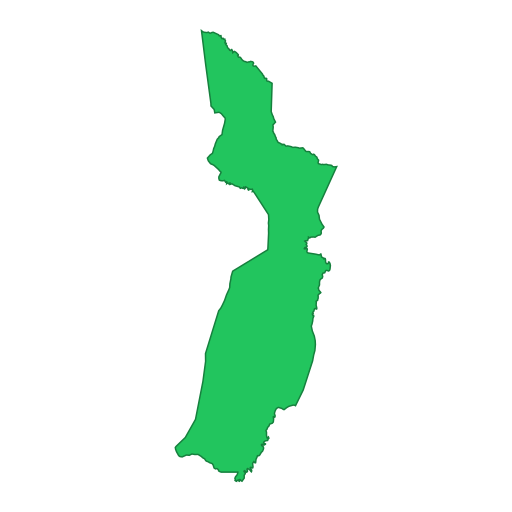 outline of El Negrito, Yoro, Honduras
{"feature_id": "27666195B11241379941292", "entity_name": "El Negrito", "entity_type": "district", "adm_level": 2, "iso_a3": "HND", "parent_name": "Honduras", "parent_adm1": "Yoro", "projection": "robinson", "projection_center": [-87.687, 15.452], "detail": "fine", "context": "isolated", "style": "filled", "palette": "green", "viewbox_px": 512, "rotation_deg": 0, "n_neighbors": 0, "source": "geoboundaries", "source_scale": "gbopen_adm2", "svg_char_len": 6055}
<svg xmlns="http://www.w3.org/2000/svg" viewBox="0 0 512 512"><path d="M201.5,30.7L205.7,64.7L210.9,103.3L211.0,106.0L214.2,109.5L214.8,112.9L218.7,112.3L219.8,112.6L221.5,113.8L224.0,116.9L224.8,117.5L225.3,118.9L224.6,123.2L222.6,130.2L222.0,134.6L219.3,136.5L218.9,137.1L218.7,137.8L218.3,138.1L217.2,139.3L215.3,143.9L214.7,146.3L213.7,148.5L213.1,151.3L212.4,153.4L210.3,154.8L207.4,158.1L208.3,160.8L210.3,163.4L210.9,163.9L212.5,164.5L214.1,165.4L218.8,169.7L219.4,170.6L221.0,172.1L221.0,172.6L218.9,176.7L218.8,178.1L219.2,179.8L219.4,180.2L221.0,180.7L222.8,180.8L224.5,180.4L225.6,182.2L226.5,181.7L226.8,181.8L226.7,183.5L227.3,182.9L228.5,183.8L229.0,183.9L229.2,183.7L229.1,183.4L229.2,183.1L230.0,182.9L230.2,183.1L229.6,184.1L229.8,184.5L232.0,183.8L235.0,185.7L239.5,187.0L240.3,188.3L241.7,187.8L242.6,188.3L244.1,188.5L243.6,187.6L243.8,187.1L244.5,187.5L244.8,188.7L245.5,187.9L245.3,187.1L245.6,186.8L247.8,188.0L248.0,189.5L248.5,190.1L248.8,190.0L248.6,189.0L248.8,188.8L250.8,189.4L252.3,189.2L252.3,189.8L252.9,190.3L252.3,191.6L253.3,191.5L254.0,192.2L268.5,214.6L268.8,219.6L268.4,223.1L268.7,225.6L268.5,229.4L268.6,233.4L267.9,248.3L267.7,249.8L232.8,271.1L232.6,271.5L231.0,277.0L230.9,278.8L229.9,283.7L229.7,287.5L229.0,289.4L226.5,294.9L224.6,300.4L222.4,305.1L220.8,308.1L218.7,310.8L205.5,353.6L205.6,361.4L202.9,381.6L195.5,419.4L185.3,437.5L176.1,446.4L175.3,447.5L175.6,449.3L176.5,451.7L178.5,455.3L179.3,456.2L180.1,456.6L182.2,456.9L186.5,455.0L189.3,455.3L191.9,454.0L194.9,454.5L198.0,454.4L201.1,456.3L202.9,457.9L204.6,458.8L205.8,460.7L207.0,461.4L208.3,461.8L209.4,462.6L212.2,463.6L213.1,464.9L214.1,468.0L215.5,468.9L216.8,468.6L217.4,468.8L218.4,469.8L218.6,470.9L220.2,471.8L221.2,472.1L237.8,472.1L237.8,472.8L237.2,474.7L235.5,476.8L234.9,478.3L235.3,479.3L235.0,480.4L236.1,481.2L236.6,481.3L236.6,480.9L236.8,480.6L238.7,479.9L239.0,481.2L239.3,481.3L239.6,480.8L239.5,479.7L239.8,479.5L240.4,479.7L241.3,480.9L242.0,481.2L244.2,478.1L244.2,475.2L245.3,473.6L245.3,473.3L244.9,472.5L244.0,471.5L244.0,471.2L244.6,470.7L246.4,472.2L246.9,472.0L247.4,471.5L247.5,471.0L247.0,469.3L247.3,468.7L247.7,468.5L249.8,469.9L251.1,471.6L251.4,471.8L251.7,470.9L251.6,470.0L250.4,468.4L250.3,467.6L250.8,467.3L252.3,468.0L252.8,467.8L253.0,466.8L252.6,463.4L253.9,461.6L255.1,462.9L255.6,462.7L256.0,459.3L257.1,456.9L257.4,455.8L257.7,455.6L258.7,455.8L259.6,455.2L261.3,452.4L262.6,451.1L263.4,449.1L263.6,448.2L263.4,447.1L263.1,446.6L261.6,445.5L261.5,444.5L262.2,444.2L263.9,445.1L265.3,444.3L265.5,444.0L265.3,443.8L263.7,443.1L263.6,442.6L263.8,442.0L265.4,440.8L267.6,440.5L268.1,439.1L268.9,438.2L268.4,437.0L267.5,438.0L267.1,438.0L266.9,437.6L266.5,435.2L266.5,432.1L266.0,430.9L266.0,430.4L267.0,429.2L267.6,427.4L268.9,426.1L269.7,424.1L272.3,423.2L273.3,422.0L273.6,419.4L273.3,416.8L273.8,416.6L274.7,417.2L275.0,416.7L275.1,415.7L274.5,413.9L274.5,413.0L275.1,411.0L276.0,409.1L277.4,407.8L278.4,407.4L281.8,408.4L283.4,409.5L284.2,409.6L286.7,407.6L288.9,406.3L293.1,405.1L294.6,405.2L295.5,405.7L303.2,390.0L312.6,360.9L313.7,354.9L314.9,350.5L315.4,344.6L315.2,340.7L314.3,336.1L312.3,330.9L311.3,326.1L312.0,324.1L312.7,321.0L312.9,318.5L313.8,316.1L312.9,315.6L312.8,315.2L313.1,315.0L312.5,314.6L312.3,314.0L313.2,313.4L312.8,312.3L313.8,311.2L314.5,308.8L315.4,308.4L316.2,309.1L316.8,308.8L316.7,307.5L316.1,305.2L316.3,302.5L316.1,301.3L317.6,300.3L317.6,299.8L318.1,298.4L318.2,296.7L318.0,295.2L319.4,293.7L320.5,293.0L320.8,292.5L318.8,290.1L318.5,288.4L318.2,288.1L319.5,284.9L319.5,281.9L320.0,279.9L320.6,279.2L322.3,278.0L322.7,276.4L322.2,274.7L323.0,273.1L324.7,272.8L325.6,270.8L326.2,270.4L326.9,270.4L328.6,271.0L329.5,270.4L330.0,269.1L330.4,265.5L329.9,263.2L328.9,261.9L328.5,262.0L328.3,263.2L327.9,263.7L326.9,263.8L326.2,263.3L325.6,262.2L325.5,259.6L325.2,258.6L324.7,258.3L323.9,258.9L323.0,257.7L321.6,257.1L320.9,254.0L320.6,254.0L319.8,254.8L318.9,254.9L315.9,254.2L308.3,253.0L307.3,252.6L306.8,251.5L307.3,249.4L307.2,248.8L306.5,248.5L304.7,248.9L304.3,248.7L304.8,247.6L306.7,247.0L307.1,246.2L306.9,245.6L306.1,244.5L306.8,243.6L306.8,243.0L304.8,241.1L305.4,240.8L307.6,240.6L307.9,239.3L308.5,238.3L308.5,237.1L309.8,237.9L311.0,237.1L313.5,237.0L315.1,237.2L317.9,235.4L320.2,234.9L320.9,234.1L321.3,233.1L321.1,231.0L321.3,230.4L321.8,229.5L323.4,228.1L324.0,227.0L322.0,224.2L319.5,219.3L319.0,215.3L317.5,212.1L317.6,209.1L318.3,207.1L336.7,166.6L334.6,166.9L333.0,166.7L332.5,166.5L331.8,165.5L330.9,165.2L328.0,164.9L326.5,164.3L323.5,164.6L322.7,164.3L321.5,164.6L318.6,163.7L318.2,163.2L318.1,162.6L318.6,160.2L317.3,158.7L316.9,157.2L315.4,156.1L314.5,154.7L313.7,154.2L312.9,154.7L312.5,154.6L310.5,153.3L309.9,152.0L309.6,151.7L308.1,151.5L306.9,151.6L305.8,151.3L303.6,148.5L302.8,147.8L299.4,148.2L298.2,147.7L295.3,147.2L292.8,147.4L291.0,146.6L287.7,145.9L286.1,146.2L284.0,144.3L283.3,144.4L283.0,144.7L282.7,144.5L282.3,144.7L282.3,144.3L281.1,143.9L280.0,143.2L278.1,142.4L277.2,140.7L276.2,139.2L276.1,137.8L275.4,136.6L274.6,134.3L273.7,133.3L273.4,132.0L272.8,131.4L273.2,127.0L272.9,125.0L275.5,122.1L273.8,118.8L273.2,116.6L272.3,114.8L271.2,111.6L272.1,83.3L268.5,81.2L267.3,81.2L267.0,81.0L266.6,80.2L266.7,78.7L266.0,78.2L264.8,78.4L264.4,78.1L263.8,76.0L262.6,74.7L262.5,74.1L255.8,65.9L254.9,66.2L253.4,66.0L253.0,65.7L252.9,65.3L253.0,64.3L253.6,63.2L253.3,62.5L252.9,62.0L252.2,61.7L250.5,61.4L249.6,61.9L248.7,61.9L246.9,62.4L245.7,61.6L245.0,61.6L243.5,61.0L242.0,59.7L240.5,57.5L239.7,57.1L238.7,57.2L238.2,56.8L237.7,55.7L238.3,55.3L238.3,54.7L236.2,52.5L234.5,51.4L233.9,51.7L232.8,52.7L232.4,50.6L231.7,49.5L231.3,49.6L230.6,50.5L229.7,50.3L229.1,49.1L228.0,48.1L227.4,47.2L227.0,45.6L225.8,44.6L226.3,43.3L224.9,42.8L225.5,40.9L225.0,40.1L224.8,39.1L223.6,39.2L223.1,38.3L222.2,38.6L221.7,38.5L221.4,37.4L220.9,37.0L221.1,36.1L220.9,35.6L219.3,35.9L218.9,35.5L218.7,34.8L213.3,32.3L212.2,32.4L210.0,33.3L208.3,32.1L206.9,32.6L203.9,32.2L202.9,31.8L201.5,30.7Z" fill="#22c55e" stroke="#15803d" stroke-width="1.5"/></svg>